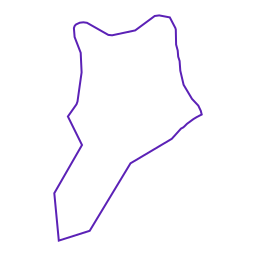 the London Borough (royal) of Kingston upon Thames
{"feature_id": "GBR-2754", "entity_name": "Kingston upon Thames", "entity_type": "London Borough (royal)", "adm_level": 1, "iso_a3": "GBR", "parent_name": "United Kingdom", "parent_adm1": "", "projection": "robinson", "projection_center": [-0.265, 51.379], "detail": "fine", "context": "isolated", "style": "outline", "palette": "violet", "viewbox_px": 256, "rotation_deg": 0, "n_neighbors": 0, "source": "natural_earth", "source_scale": "10m", "svg_char_len": 612}
<svg xmlns="http://www.w3.org/2000/svg" viewBox="0 0 256 256"><path d="M169.8,17.4L175.4,28.1L175.8,29.6L176.1,44.6L177.7,50.5L178.2,56.7L179.6,61.0L180.3,70.7L183.6,84.8L192.0,98.9L198.3,105.6L200.8,110.9L201.7,114.5L196.7,117.1L193.4,119.1L187.0,123.8L184.3,126.5L183.1,127.5L181.0,128.6L171.8,138.8L130.5,163.3L89.7,230.8L58.8,240.6L54.3,193.2L82.0,145.0L67.9,116.5L76.5,104.3L77.5,101.5L81.6,72.4L80.7,52.8L74.6,37.0L73.9,28.1L74.6,26.1L75.1,25.4L76.1,24.4L79.8,22.7L83.4,22.3L87.0,22.8L108.3,34.9L112.1,35.3L135.2,30.4L154.7,16.0L159.2,15.4L169.8,17.4Z" fill="none" stroke="#5b21b6" stroke-width="2"/></svg>